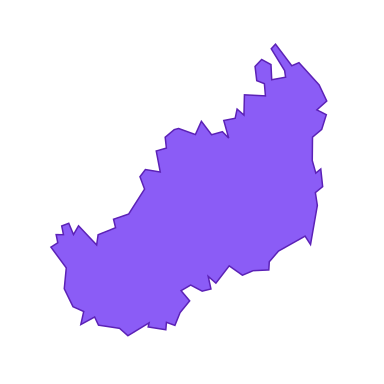 the district of Grainger, Tennessee, United States of America, rotated 170°
{"feature_id": "52423323B64097397586562", "entity_name": "Grainger", "entity_type": "district", "adm_level": 2, "iso_a3": "USA", "parent_name": "United States of America", "parent_adm1": "Tennessee", "projection": "albers", "projection_center": [-83.509, 36.251], "detail": "fine", "context": "isolated", "style": "filled", "palette": "violet", "viewbox_px": 384, "rotation_deg": 170, "n_neighbors": 0, "source": "geoboundaries", "source_scale": "gbopen_adm2", "svg_char_len": 1186}
<svg xmlns="http://www.w3.org/2000/svg" viewBox="0 0 384 384"><g transform="rotate(170 192 192)"><path d="M43.5,258.2L48.2,275.4L64.2,300.8L71.8,299.0L84.1,323.1L89.1,319.3L79.7,295.5L79.9,288.8L94.0,288.7L92.1,303.8L100.4,310.4L108.1,304.7L108.9,290.4L101.9,286.1L103.0,273.9L123.5,278.6L127.5,258.7L133.2,265.8L136.7,257.1L148.3,256.9L146.5,238.7L151.6,246.1L162.8,245.0L170.5,260.0L178.7,248.0L194.2,256.9L198.7,256.5L208.9,250.6L209.6,239.7L220.1,238.6L219.8,217.2L234.0,222.2L240.6,216.1L238.2,203.1L258.2,181.3L274.0,178.8L273.5,170.1L291.9,166.2L295.1,156.4L309.6,178.4L316.1,170.7L318.8,182.6L326.2,181.2L326.0,172.3L333.2,173.6L333.0,165.3L340.5,162.2L329.0,139.1L334.6,118.9L329.1,99.7L319.4,93.1L324.5,80.8L309.6,85.8L307.2,77.1L287.0,70.3L280.1,61.6L257.0,70.6L258.6,66.7L241.7,60.9L239.8,68.1L232.0,63.6L224.7,75.3L213.2,85.2L219.9,96.7L209.5,100.6L199.2,92.6L190.2,93.2L190.7,106.1L184.3,98.1L168.2,112.8L156.8,101.3L145.5,103.9L129.9,101.9L128.0,109.9L117.1,118.8L88.3,128.9L84.4,119.7L70.9,157.0L70.6,170.0L62.4,174.6L61.2,192.3L66.8,189.1L68.1,202.1L63.8,225.1L53.4,231.1L46.3,244.8L54.8,251.2L43.5,258.2Z" fill="#8b5cf6" stroke="#5b21b6" stroke-width="1.5"/></g></svg>